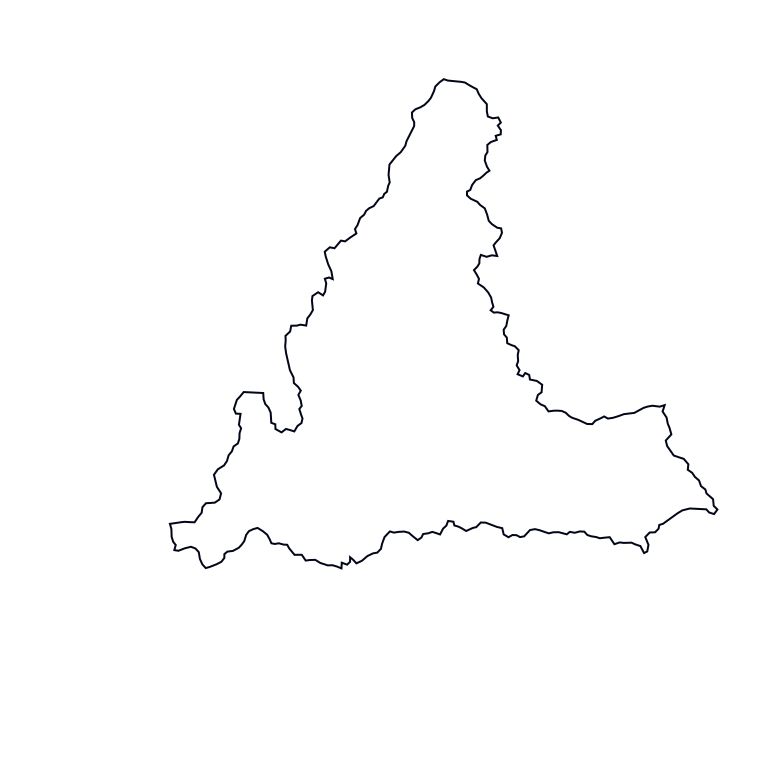 Doutor Ulysses, Paraná, Brazil, rotated 337°
{"feature_id": "56859067B94205410976610", "entity_name": "Doutor Ulysses", "entity_type": "district", "adm_level": 2, "iso_a3": "BRA", "parent_name": "Brazil", "parent_adm1": "Paraná", "projection": "robinson", "projection_center": [-49.391, -24.607], "detail": "fine", "context": "isolated", "style": "outline", "palette": "ink", "viewbox_px": 768, "rotation_deg": 337, "n_neighbors": 0, "source": "geoboundaries", "source_scale": "gbopen_adm2", "svg_char_len": 4846}
<svg xmlns="http://www.w3.org/2000/svg" viewBox="0 0 768 768"><g transform="rotate(337 384 384)"><path d="M584.5,148.8L581.5,145.2L578.6,141.4L576.5,138.3L573.6,136.3L561.3,129.6L558.2,126.8L553.3,127.9L547.5,130.2L544.4,134.0L539.0,138.9L535.6,140.8L530.3,142.9L525.6,143.5L520.2,143.4L515.8,145.0L513.9,150.1L514.1,154.8L512.5,158.4L499.7,169.2L496.7,173.0L489.9,177.2L484.4,178.9L474.8,184.1L469.9,193.3L468.0,200.7L465.3,203.2L461.8,208.2L458.5,209.1L455.8,211.7L452.1,211.5L444.0,216.2L439.1,216.4L435.2,217.6L431.8,220.4L426.9,221.9L421.7,227.4L417.8,230.1L417.4,234.6L410.1,236.0L403.9,237.5L400.4,235.2L391.5,239.7L387.5,237.0L381.1,239.1L380.2,243.7L379.4,251.8L379.6,259.6L377.8,267.4L375.0,264.5L370.7,264.0L370.1,268.9L365.8,276.1L362.5,278.6L359.2,273.8L352.5,275.1L350.3,278.9L347.4,288.2L343.4,291.2L339.0,293.7L335.2,299.8L330.2,296.7L326.4,296.2L321.4,294.1L318.1,299.0L312.1,301.2L310.6,305.3L307.7,310.8L305.9,317.4L302.8,334.6L303.3,342.6L301.4,347.9L303.8,353.0L304.8,357.6L300.9,360.6L300.9,366.5L299.7,372.0L296.3,373.9L295.7,379.7L295.5,383.9L292.8,387.7L288.0,388.8L282.9,392.6L279.2,389.4L276.2,387.1L270.8,388.5L266.5,383.0L268.2,378.6L265.1,375.7L268.5,366.1L268.4,360.4L266.9,356.2L267.2,351.1L269.3,345.1L251.7,336.6L246.3,339.4L242.3,341.2L236.1,348.3L236.1,353.4L240.3,355.4L234.5,364.9L235.2,368.9L231.9,372.7L229.4,378.0L226.3,381.6L221.2,382.7L217.7,386.5L213.0,389.0L209.4,393.5L205.0,396.4L197.7,397.6L192.0,401.1L190.0,413.3L191.3,421.0L187.5,426.0L181.9,427.1L173.5,424.2L168.7,426.5L165.8,431.3L161.1,433.7L155.6,437.3L150.7,435.0L146.7,433.0L143.4,432.0L132.3,429.1L131.6,434.5L128.8,441.7L128.3,447.0L129.4,450.8L126.1,455.0L129.6,457.2L136.3,457.4L142.7,458.4L146.2,461.8L147.8,466.4L146.2,473.0L146.3,479.0L148.0,483.8L152.2,484.3L159.4,484.5L164.9,484.1L169.1,481.7L170.6,478.2L174.4,477.1L179.7,478.6L186.4,478.0L190.2,476.3L193.9,474.1L198.1,469.1L202.1,466.7L206.8,466.5L211.4,467.1L215.0,472.2L217.6,477.2L218.1,482.6L218.1,486.6L221.0,488.6L224.9,489.5L228.7,492.5L232.1,494.2L232.5,498.2L234.9,506.3L241.6,509.1L242.9,515.9L247.1,517.1L252.0,519.0L255.5,523.9L261.4,529.0L265.8,530.7L269.3,533.6L272.8,537.1L275.3,532.0L279.5,535.9L283.3,534.4L285.1,530.2L287.0,533.9L288.5,538.3L294.6,538.1L301.5,535.9L307.6,535.6L312.0,536.6L316.8,534.5L319.9,530.2L324.7,525.1L331.8,522.0L335.1,524.7L339.6,525.8L344.9,527.7L348.7,530.6L351.3,535.9L354.0,540.9L358.4,540.0L361.4,537.4L366.4,538.7L370.7,539.0L374.1,541.9L376.8,544.4L381.9,540.2L386.1,538.7L389.5,535.1L394.1,537.9L393.5,541.7L396.8,544.4L399.3,547.4L402.2,551.4L409.5,551.2L413.0,551.8L419.0,549.3L423.5,551.4L427.0,554.8L432.1,559.7L436.5,562.9L435.4,569.2L438.7,573.7L443.2,573.2L447.0,575.0L449.4,578.1L453.5,579.0L461.3,575.5L466.3,576.6L470.0,579.3L474.3,583.2L477.4,585.9L481.8,586.6L487.0,588.7L493.5,593.8L497.3,592.7L501.5,595.5L506.6,596.2L510.7,598.2L512.2,602.5L515.3,605.2L519.4,607.7L522.4,610.3L527.5,611.8L531.9,613.2L533.5,621.5L539.0,621.9L542.7,624.0L549.9,626.8L552.4,629.6L556.7,633.4L557.3,641.2L560.9,641.0L564.6,635.4L564.7,627.0L570.5,624.5L575.6,626.4L580.2,624.5L582.3,621.3L586.2,621.7L603.7,617.7L609.3,616.9L616.9,618.1L631.7,625.3L633.1,629.3L637.0,632.7L641.9,629.8L639.9,625.0L641.9,618.6L638.1,610.8L638.6,606.7L635.9,601.9L636.3,595.9L633.9,591.0L633.0,586.2L630.1,581.7L632.8,576.8L630.7,570.1L622.8,563.1L620.4,551.8L621.3,546.1L628.8,542.7L629.7,535.9L629.7,531.5L631.0,525.2L629.7,518.2L634.1,513.1L629.0,512.6L622.6,508.9L617.9,507.8L613.6,507.4L609.3,507.8L603.1,508.4L593.1,505.5L587.5,505.2L581.6,504.6L576.6,503.3L574.0,499.9L570.2,500.2L564.0,500.4L560.1,502.3L555.4,500.2L548.9,493.0L544.0,488.6L541.8,485.6L540.1,481.5L537.0,478.2L533.2,476.3L529.8,474.9L524.7,473.5L523.4,467.3L520.1,463.8L517.6,458.8L521.4,454.2L525.8,453.2L529.3,446.5L525.9,440.9L520.1,436.9L521.2,432.4L518.3,429.1L514.8,431.3L510.8,427.2L514.2,424.2L513.4,418.7L516.4,415.4L518.4,409.6L521.2,405.5L519.2,400.4L516.4,397.9L513.4,394.6L515.2,389.2L513.9,385.2L515.4,380.7L519.2,378.4L522.8,373.1L525.6,369.5L519.6,364.4L516.4,362.3L513.0,361.2L511.0,357.8L514.9,355.7L515.4,351.1L516.4,346.4L515.7,340.5L513.6,334.1L509.7,328.2L512.5,324.3L512.1,319.5L511.3,314.3L515.9,312.4L518.9,310.2L520.7,306.3L523.6,303.0L528.1,307.0L533.6,307.7L538.2,310.4L538.7,304.0L539.0,299.2L542.0,297.5L547.5,295.0L551.7,290.9L552.6,286.5L549.3,284.4L545.8,279.0L544.2,274.7L545.1,268.5L545.4,261.7L542.4,256.7L541.1,252.8L536.2,247.3L534.1,242.8L535.6,239.3L539.2,239.1L542.9,235.2L548.2,232.2L552.9,232.2L556.9,231.0L560.9,229.5L564.4,228.9L563.7,224.2L564.1,217.6L566.6,213.2L569.9,210.9L572.5,204.3L577.0,203.0L583.2,203.4L583.8,199.2L589.0,199.8L590.8,196.1L589.7,190.6L593.7,189.0L593.3,183.3L587.9,181.9L584.1,178.3L585.2,173.2L588.0,166.6L585.4,159.0L584.6,154.1L584.5,148.8Z" fill="none" stroke="#020617" stroke-width="2"/></g></svg>